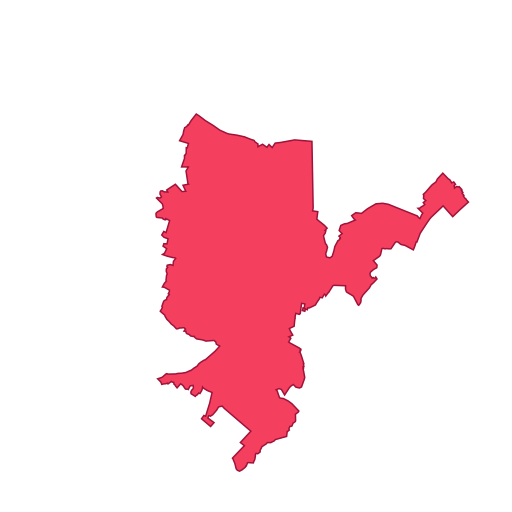 outline of Uriangato, Guanajuato, Mexico, rotated 218°
{"feature_id": "50627088B85486599986999", "entity_name": "Uriangato", "entity_type": "district", "adm_level": 2, "iso_a3": "MEX", "parent_name": "Mexico", "parent_adm1": "Guanajuato", "projection": "albers", "projection_center": [-101.168, 20.117], "detail": "fine", "context": "isolated", "style": "filled", "palette": "rose", "viewbox_px": 512, "rotation_deg": 218, "n_neighbors": 0, "source": "geoboundaries", "source_scale": "gbopen_adm2", "svg_char_len": 6139}
<svg xmlns="http://www.w3.org/2000/svg" viewBox="0 0 512 512"><g transform="rotate(218 256 256)"><path d="M390.5,331.1L390.5,322.9L389.9,317.5L390.4,317.4L390.4,315.1L391.2,313.2L390.1,310.3L388.3,306.8L387.2,299.8L378.5,303.1L376.8,298.8L377.6,298.4L374.3,294.0L373.9,291.6L374.3,291.5L374.3,291.2L372.4,288.8L369.5,280.4L364.1,284.5L363.5,279.9L354.5,271.4L353.4,271.1L357.1,266.8L351.2,263.8L354.0,261.2L363.7,262.9L367.0,253.1L364.9,252.1L367.9,250.0L369.8,249.8L371.0,248.8L371.0,247.5L369.8,245.7L366.8,244.3L367.3,242.6L369.8,241.4L370.1,240.4L361.9,239.4L360.1,238.1L358.4,236.3L360.9,230.0L361.1,228.4L360.8,227.6L358.6,225.4L357.8,225.4L353.3,228.2L352.5,228.2L351.9,227.9L350.0,228.5L349.5,228.9L350.1,229.9L345.9,230.8L341.3,219.1L343.8,218.6L343.2,214.5L340.0,214.1L335.9,215.4L333.6,210.7L336.2,209.0L335.3,206.5L330.9,206.8L329.8,202.0L330.6,199.6L326.1,201.1L320.6,203.5L318.8,204.7L317.8,204.7L317.8,201.0L315.6,197.5L318.2,196.6L320.3,194.1L319.8,192.9L318.6,192.5L318.7,190.6L317.2,188.6L314.9,187.2L314.6,185.7L312.0,181.5L311.2,181.0L311.4,178.0L310.7,173.9L309.0,174.9L303.2,175.8L302.3,174.5L301.9,172.2L300.7,172.4L300.5,170.8L300.8,169.9L300.6,168.2L299.7,166.7L300.6,164.9L300.9,163.5L299.2,158.4L298.3,158.1L297.5,155.6L297.7,154.4L297.4,153.5L291.5,153.2L290.7,152.6L287.2,151.2L284.2,150.9L280.8,150.2L277.9,150.3L273.9,149.6L272.9,150.4L271.7,152.5L270.9,153.0L268.6,155.2L266.6,155.0L266.5,152.5L264.8,153.5L264.0,152.6L263.0,152.2L260.1,153.0L258.4,152.7L256.3,153.7L255.4,154.2L255.3,154.6L253.7,154.1L251.8,154.1L246.4,157.0L243.1,158.1L237.1,163.6L234.8,163.5L233.0,162.1L229.9,162.5L229.5,162.8L229.1,162.7L229.6,155.9L232.1,142.8L232.7,142.2L234.0,138.7L234.7,135.9L234.6,132.9L235.9,129.4L236.8,125.6L237.2,125.5L239.3,121.4L240.2,120.3L242.5,117.8L245.5,115.2L246.6,113.7L252.8,108.6L253.3,108.6L254.2,108.1L255.2,103.1L255.7,101.9L257.9,98.7L253.4,98.1L251.2,96.8L250.1,98.3L248.5,99.7L247.6,101.2L246.6,101.0L245.4,105.1L244.4,105.0L243.1,105.8L241.7,104.5L240.6,104.6L239.7,104.1L237.0,103.5L236.7,108.9L233.9,109.0L229.7,107.7L229.2,107.9L227.7,109.1L227.2,109.1L227.9,113.1L225.9,115.3L224.2,113.6L223.8,112.1L224.1,110.8L223.6,108.7L222.4,107.5L217.4,108.0L217.4,109.1L216.9,110.2L216.7,112.8L215.5,113.1L215.9,116.4L216.6,118.4L217.4,119.8L216.3,119.5L211.6,120.0L206.6,121.4L201.9,111.5L197.4,99.6L197.0,99.0L197.1,98.6L198.9,98.3L198.7,94.2L186.8,93.7L186.5,98.9L194.2,98.7L194.9,101.1L194.5,101.5L193.3,101.7L192.4,104.2L192.1,110.4L192.6,113.8L191.9,114.9L190.2,116.9L187.2,116.4L152.2,114.8L153.5,99.4L148.4,99.4L150.1,82.2L149.2,81.9L145.1,79.6L140.6,76.1L138.8,75.7L136.5,76.3L135.3,79.0L134.4,82.9L134.7,84.6L134.4,84.7L135.3,87.6L135.2,88.2L130.7,91.3L131.3,93.0L131.6,94.7L133.4,98.2L134.0,98.7L134.5,100.2L134.4,100.6L133.3,100.9L132.8,101.4L132.1,104.1L133.2,105.6L133.6,108.2L134.0,109.3L132.3,114.1L132.2,115.9L129.5,118.0L127.8,121.6L127.8,122.9L127.5,123.6L120.8,132.7L123.3,136.8L123.1,137.0L122.6,139.4L123.3,139.7L123.8,140.4L124.4,142.6L123.6,143.2L123.0,144.2L123.9,147.1L123.1,149.7L123.4,150.6L127.5,155.6L126.6,159.0L126.8,160.2L136.7,161.7L141.2,161.6L146.6,160.6L148.9,159.2L150.2,158.8L156.4,162.8L157.8,162.9L156.3,165.6L153.9,166.5L147.9,164.1L148.6,172.4L148.5,174.6L147.5,177.7L143.8,177.2L140.4,178.8L139.5,180.8L142.1,188.7L142.9,190.4L149.7,196.4L149.5,196.8L150.7,197.6L150.1,198.3L152.3,200.2L152.0,200.6L158.6,205.2L161.9,207.2L162.5,207.1L162.5,208.7L162.9,208.7L162.9,209.4L163.3,209.4L163.3,210.2L165.6,210.1L175.7,208.4L177.3,208.3L177.9,212.6L179.0,212.6L178.9,212.8L179.6,213.0L180.2,212.8L178.3,216.3L182.6,218.0L185.1,219.4L182.7,224.1L186.4,230.0L186.8,231.1L187.3,231.5L188.3,233.1L189.1,235.0L189.3,235.4L186.0,236.6L185.8,237.2L185.9,237.6L185.7,237.9L190.9,246.8L188.0,248.3L185.9,244.4L187.0,244.1L185.8,241.6L183.5,242.5L184.4,244.8L182.5,245.2L183.2,247.1L182.0,247.9L179.0,254.0L179.4,256.4L179.7,261.3L180.2,262.8L178.0,263.9L178.5,266.3L178.5,268.1L177.3,268.0L176.4,267.4L176.5,271.4L176.3,271.9L177.1,279.6L176.9,280.4L176.1,281.2L167.1,287.7L165.2,285.1L162.9,283.5L161.8,283.4L155.0,284.3L153.8,284.0L146.1,280.5L144.9,280.3L144.6,281.1L144.9,283.9L146.1,286.1L146.8,286.4L147.1,287.4L147.5,289.5L147.7,291.3L147.0,300.7L147.6,304.1L147.0,307.2L146.5,312.4L148.7,313.2L148.6,311.6L149.3,311.2L150.4,311.2L150.9,310.1L151.9,310.5L153.8,310.8L155.5,312.5L155.8,314.0L155.0,317.9L153.6,321.1L155.0,323.4L160.7,324.6L158.6,331.4L158.5,332.5L158.7,333.8L161.3,339.3L161.0,340.0L158.7,341.1L157.6,342.3L155.6,343.5L154.1,344.8L154.6,352.4L154.3,353.3L153.7,354.0L152.6,354.4L149.4,354.3L148.2,354.6L145.1,356.1L135.8,357.7L136.7,360.9L138.4,365.7L137.8,366.1L140.6,375.0L141.6,386.9L141.9,392.0L141.8,394.5L139.4,410.7L125.2,408.1L123.8,418.0L121.8,429.3L124.4,429.7L126.1,430.3L126.8,430.1L129.6,431.0L129.5,431.8L132.3,432.4L132.1,433.5L133.9,433.9L133.9,434.3L134.9,434.4L134.8,435.1L136.4,435.4L138.6,435.7L138.7,435.2L140.7,434.3L141.4,431.8L143.2,433.6L142.9,435.3L145.2,436.0L145.8,436.1L146.8,434.1L148.4,434.8L150.4,435.4L152.1,435.2L159.8,436.3L160.5,428.5L159.8,425.1L161.0,420.9L161.2,419.1L161.6,411.0L162.1,407.5L161.1,407.0L159.4,404.4L156.3,404.2L157.1,401.1L154.8,400.5L155.0,398.9L156.1,396.2L156.4,394.5L157.7,393.3L151.0,392.5L150.8,390.2L149.8,386.4L151.6,386.4L153.5,386.9L183.6,378.2L188.7,375.5L193.6,371.0L197.2,362.0L199.1,354.5L204.0,351.6L205.5,346.7L201.9,345.6L199.9,345.5L204.0,338.0L206.2,335.7L208.0,332.3L206.2,327.3L201.9,326.6L202.9,322.7L200.8,322.4L200.7,321.4L200.4,321.4L200.5,319.0L200.9,318.5L199.7,311.9L198.0,308.5L195.8,302.7L196.6,300.1L199.9,298.6L202.5,300.7L203.6,303.9L204.0,304.5L205.0,306.9L207.6,308.4L208.8,308.5L209.3,308.8L214.7,313.0L215.4,314.0L215.5,316.5L216.5,318.9L217.4,318.7L217.1,321.7L221.4,322.3L230.7,322.4L234.6,329.0L239.2,326.4L240.5,329.0L282.5,380.8L297.0,371.3L306.9,360.2L310.4,356.8L310.0,351.4L314.4,351.9L314.3,348.4L319.6,348.1L321.8,343.3L323.4,345.5L327.0,345.3L328.7,345.9L332.3,344.6L338.5,342.8L345.6,339.4L352.2,335.6L354.5,334.7L361.9,332.9L370.2,332.5L379.3,331.5L387.1,331.4L390.5,331.1Z" fill="#f43f5e" stroke="#9f1239" stroke-width="1.5"/></g></svg>